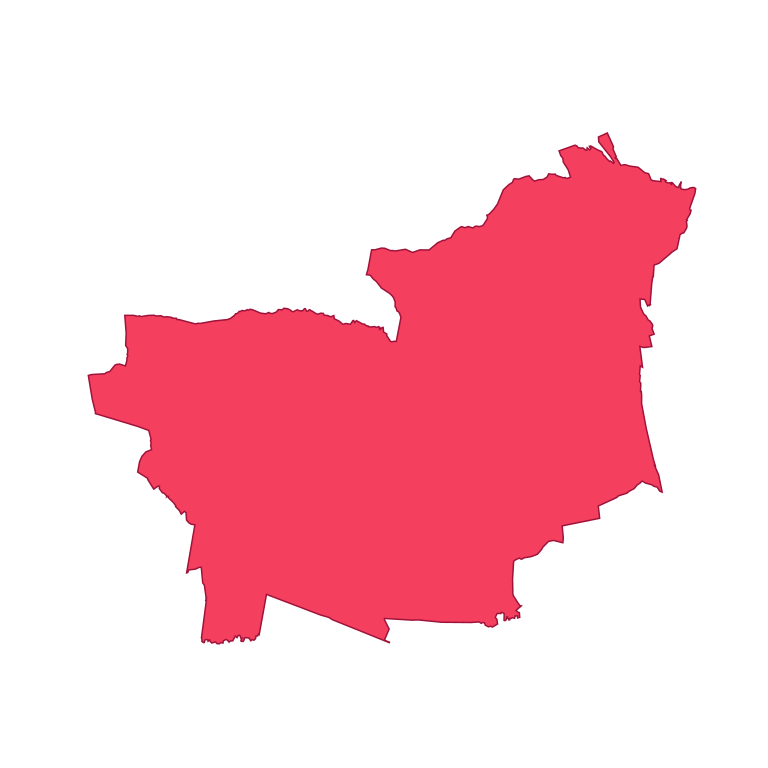 Vedea, Arges, Romania (Equal Earth projection), rotated 280°
{"feature_id": "2599482B53469887912463", "entity_name": "Vedea", "entity_type": "district", "adm_level": 2, "iso_a3": "ROU", "parent_name": "Romania", "parent_adm1": "Arges", "projection": "equal_earth", "projection_center": [24.639, 44.783], "detail": "fine", "context": "isolated", "style": "filled", "palette": "rose", "viewbox_px": 768, "rotation_deg": 280, "n_neighbors": 0, "source": "geoboundaries", "source_scale": "gbopen_adm2", "svg_char_len": 6162}
<svg xmlns="http://www.w3.org/2000/svg" viewBox="0 0 768 768"><g transform="rotate(280 384 384)"><path d="M630.5,657.0L631.3,655.4L631.1,653.7L629.9,650.9L628.6,649.5L627.6,646.1L627.6,642.7L630.6,641.6L635.1,641.7L630.9,640.2L628.7,640.1L628.8,638.0L629.6,636.3L632.2,633.2L632.2,632.7L629.8,632.3L632.2,631.8L631.3,629.1L631.8,626.4L632.4,625.8L633.3,626.5L634.4,623.6L634.1,622.3L634.6,621.1L634.2,620.8L631.5,621.6L630.9,613.8L631.5,611.5L636.8,608.3L637.2,607.4L637.3,604.2L641.6,596.6L641.3,587.8L641.9,583.2L640.4,579.3L646.3,574.2L646.3,573.0L647.0,572.4L648.0,573.4L655.3,568.6L657.4,568.9L670.0,560.3L664.5,552.3L659.7,553.5L647.2,567.6L642.3,572.1L641.2,571.7L642.9,568.2L642.4,567.5L644.5,564.3L646.5,562.3L647.6,560.3L650.6,558.1L651.8,553.3L654.3,546.4L653.8,545.0L653.0,545.4L652.2,546.9L650.2,546.0L651.9,543.1L649.6,543.1L649.2,542.4L651.0,538.9L650.5,536.8L650.5,534.1L651.9,532.7L652.4,530.7L644.0,515.9L639.5,518.5L637.4,520.9L633.7,522.0L626.9,528.2L620.1,531.8L618.4,528.9L618.3,527.4L618.8,526.5L618.2,524.8L619.3,517.3L620.4,516.3L619.7,512.9L619.6,509.7L616.2,508.7L613.1,505.3L611.9,500.6L609.9,497.1L611.0,494.9L614.2,490.8L613.0,487.6L609.1,481.1L608.9,476.8L607.9,476.0L605.0,475.6L602.2,472.5L596.0,467.8L580.9,464.5L575.2,461.8L569.3,457.9L568.0,455.9L566.7,456.8L564.8,457.1L557.9,454.2L556.6,452.9L555.5,450.2L555.6,447.9L555.0,446.2L553.1,444.5L553.7,439.6L552.0,436.7L552.4,433.3L552.1,432.4L547.0,427.3L539.6,424.4L538.0,421.0L535.8,418.6L535.9,417.4L532.4,412.3L523.8,405.1L522.3,396.0L518.5,389.3L520.4,381.7L516.8,371.6L517.0,369.9L516.5,367.1L517.8,361.2L517.4,357.8L514.5,351.6L514.0,348.5L493.9,348.3L488.6,347.7L488.8,351.5L485.4,355.4L483.6,358.7L478.0,364.9L474.2,373.8L472.2,376.8L470.4,378.6L466.5,380.8L462.0,381.5L461.1,382.6L458.2,384.1L457.6,385.8L455.6,387.5L452.5,389.1L428.0,388.7L427.9,386.6L426.8,384.2L427.3,382.8L432.1,378.3L433.7,378.1L435.1,374.6L439.6,373.3L439.4,372.5L436.9,370.5L437.1,370.0L438.9,370.2L439.6,368.7L438.5,367.3L438.9,364.6L438.0,362.0L437.7,358.6L438.3,358.5L438.5,355.9L439.6,354.5L439.3,352.7L441.6,345.8L439.4,344.4L441.3,343.1L441.0,342.3L437.0,340.6L437.0,335.8L436.1,334.3L435.8,332.8L438.1,329.0L439.6,323.8L442.7,322.7L440.9,319.8L441.7,316.5L441.3,313.3L443.0,311.9L442.7,309.3L441.3,306.7L441.3,305.4L443.4,300.3L443.4,299.3L444.2,298.3L444.1,297.5L442.2,295.9L442.2,295.1L444.4,293.6L444.4,292.6L441.9,291.1L441.4,288.2L442.1,285.7L439.4,282.0L439.5,280.5L440.5,279.1L441.4,276.0L441.2,272.2L439.3,270.8L439.0,267.0L436.2,265.5L433.9,261.7L433.9,259.3L434.5,258.2L432.6,255.4L432.4,250.2L434.3,241.5L434.3,238.9L433.1,237.6L433.5,236.4L431.9,234.4L431.7,231.2L430.4,229.9L430.4,228.8L428.0,227.4L427.4,225.6L425.7,224.9L421.9,221.4L420.2,218.4L416.5,205.4L411.7,192.4L411.6,190.4L410.4,188.0L411.8,171.5L411.6,169.0L412.7,168.2L412.2,165.3L412.7,163.0L412.6,158.6L411.7,155.7L412.5,152.5L411.4,147.8L411.8,145.6L410.6,139.9L408.2,133.0L408.7,131.4L407.9,130.0L408.1,125.2L406.6,116.8L389.1,121.3L377.0,122.9L374.8,125.1L373.5,125.6L369.5,126.2L368.7,125.8L367.2,126.8L365.2,126.3L362.6,126.7L356.9,126.2L357.7,120.1L356.7,116.9L355.6,115.6L348.7,111.8L347.1,108.6L345.6,107.3L342.6,94.6L341.1,91.3L318.2,99.4L304.8,105.3L304.8,104.2L299.4,149.3L297.4,160.4L289.2,164.2L288.1,163.8L285.4,164.9L283.0,164.9L279.0,166.5L275.8,161.3L270.8,158.2L265.3,156.8L254.5,156.7L250.1,167.5L248.8,168.0L240.5,175.5L244.5,179.6L244.4,180.7L242.1,180.8L238.5,184.5L238.1,186.6L236.0,189.5L235.3,189.5L235.9,190.0L235.8,191.2L234.7,191.2L230.9,196.9L228.0,200.0L227.1,200.0L223.8,204.5L220.6,206.9L224.0,209.7L222.9,211.4L215.8,213.1L213.5,215.8L212.4,218.4L212.5,222.2L163.7,222.4L164.2,223.4L167.0,224.1L169.0,230.6L171.3,233.7L171.7,235.9L156.7,240.0L154.7,242.0L143.7,245.6L143.1,246.3L142.4,245.8L141.4,245.9L140.5,246.7L139.8,246.0L138.8,246.7L102.3,248.3L100.5,249.2L98.9,249.3L98.0,251.1L98.2,251.9L100.9,252.2L101.5,253.4L101.4,254.9L100.1,255.4L101.6,256.7L100.3,257.5L99.0,259.4L100.7,262.8L99.3,264.6L99.5,266.8L101.0,268.1L100.9,270.4L103.3,270.5L104.9,272.6L104.6,274.2L102.9,276.2L104.3,277.4L104.8,279.7L109.9,281.3L108.7,283.3L110.8,284.0L111.5,285.1L111.1,286.0L108.9,287.1L109.0,288.2L106.6,287.6L105.8,288.0L106.0,290.0L108.0,290.8L109.5,290.5L110.2,292.0L110.4,295.0L108.0,297.4L109.4,298.6L109.1,300.4L110.8,301.7L113.6,301.7L113.9,303.3L115.9,303.8L115.5,304.6L156.4,304.8L145.5,361.5L144.6,370.0L142.9,374.2L130.2,434.1L130.7,434.2L131.8,428.9L143.6,431.6L151.8,425.5L153.2,425.2L156.3,452.5L157.6,458.7L159.4,482.3L164.2,510.9L166.2,519.0L165.2,521.3L166.3,522.7L166.2,524.4L164.1,525.6L163.0,529.0L164.0,531.2L163.4,532.9L167.3,537.5L171.8,536.1L173.4,534.1L177.6,535.2L178.3,539.0L179.4,539.1L179.5,540.3L178.8,542.2L172.0,543.3L172.0,544.4L173.3,545.5L175.8,545.3L175.9,545.9L175.1,546.0L174.7,546.9L174.8,547.7L173.4,547.9L173.5,548.6L174.2,548.5L176.1,550.9L176.0,553.3L178.3,553.4L178.9,555.7L176.8,556.2L177.8,558.2L182.4,557.0L182.5,555.5L184.0,553.3L189.3,557.7L189.3,556.4L191.8,553.8L197.8,548.3L199.4,547.4L214.1,544.5L231.5,542.5L232.9,543.1L236.1,547.4L235.4,549.0L235.5,550.3L237.1,552.0L239.5,558.8L243.0,564.7L248.6,568.0L251.0,568.8L257.6,573.4L259.4,578.2L258.7,587.7L263.6,587.3L275.2,584.1L289.2,619.7L301.1,616.2L312.7,633.0L314.5,634.2L318.7,642.2L320.8,643.9L324.4,648.5L328.6,650.9L331.0,653.5L333.0,654.7L333.1,655.6L331.9,658.6L331.2,665.5L330.1,667.6L329.9,670.9L326.4,674.1L325.8,676.7L342.1,670.3L350.7,664.6L350.6,665.4L355.8,662.7L386.0,649.9L409.4,641.1L417.5,639.7L421.3,638.7L421.1,637.9L429.3,636.8L430.7,635.3L437.0,634.8L437.6,634.0L446.3,633.2L445.4,635.7L465.5,629.4L465.0,632.7L465.2,634.2L467.4,641.3L477.4,636.9L480.0,641.4L485.2,638.3L487.8,638.6L489.3,638.0L492.3,634.9L493.0,633.0L496.5,630.2L497.9,627.7L504.4,623.2L512.1,621.4L512.6,626.1L506.6,630.0L507.8,631.2L507.3,631.6L508.4,632.7L509.0,632.2L529.7,630.2L536.0,630.1L536.4,630.6L548.0,629.3L550.6,633.8L564.3,645.1L568.1,649.1L582.4,649.6L584.0,651.1L584.9,653.0L589.9,654.9L592.1,655.0L596.7,653.6L597.9,654.3L598.4,653.5L604.7,655.9L608.4,656.2L608.3,655.5L609.9,654.5L625.6,657.1L630.5,657.0Z" fill="#f43f5e" stroke="#9f1239" stroke-width="1.5"/></g></svg>